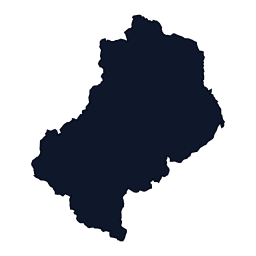 Pedras Altas, Rio Grande do Sul, Brazil (Albers equal-area conic projection)
{"feature_id": "56859067B17003984772313", "entity_name": "Pedras Altas", "entity_type": "district", "adm_level": 2, "iso_a3": "BRA", "parent_name": "Brazil", "parent_adm1": "Rio Grande do Sul", "projection": "albers", "projection_center": [-53.699, -31.846], "detail": "fine", "context": "isolated", "style": "filled", "palette": "ink", "viewbox_px": 256, "rotation_deg": 0, "n_neighbors": 0, "source": "geoboundaries", "source_scale": "gbopen_adm2", "svg_char_len": 5122}
<svg xmlns="http://www.w3.org/2000/svg" viewBox="0 0 256 256"><path d="M34.5,175.6L36.2,177.1L37.8,177.8L39.2,178.2L40.4,179.6L41.6,179.7L43.2,179.8L45.2,180.1L46.5,180.8L47.9,181.6L48.7,183.1L49.8,185.0L51.2,186.5L52.8,186.8L53.7,188.8L54.5,190.0L55.5,191.6L55.5,193.7L57.8,194.1L59.5,193.9L60.6,194.3L61.9,195.2L62.9,195.7L63.8,194.6L65.5,193.5L67.3,194.5L68.8,195.0L70.3,196.0L71.3,196.5L70.7,197.6L70.0,199.1L70.0,200.8L70.5,202.7L70.2,205.1L70.6,206.8L70.8,208.9L72.2,209.0L73.3,209.3L74.9,210.2L75.6,211.2L74.3,212.4L74.7,213.6L76.6,214.1L77.4,215.5L77.5,216.7L76.8,218.3L77.5,220.1L78.4,220.9L79.3,221.8L80.4,222.5L82.3,222.4L84.3,222.6L84.9,224.2L86.0,225.1L87.1,225.9L87.9,226.9L89.3,227.5L91.1,227.0L92.3,226.8L93.6,226.9L95.0,227.8L97.0,227.7L98.4,227.9L99.6,228.2L101.1,228.5L102.1,230.3L103.4,231.3L105.1,230.5L106.7,230.5L108.4,231.1L109.9,230.8L110.1,232.7L110.1,234.9L110.6,236.5L112.2,236.9L114.0,237.1L115.7,237.6L117.5,238.3L118.0,239.6L119.3,239.5L120.1,240.5L121.2,240.6L122.7,240.6L123.8,238.9L124.5,237.2L124.9,235.5L125.4,233.9L126.0,232.8L126.2,231.5L126.0,229.9L124.6,229.2L123.0,228.1L121.2,226.9L120.5,225.1L121.2,223.1L121.3,221.2L120.1,219.6L120.9,218.0L120.9,216.4L120.8,214.1L120.6,212.4L120.7,210.8L121.5,209.0L122.1,207.4L123.3,206.6L123.3,205.3L123.5,203.6L123.0,201.8L123.0,200.2L122.2,198.7L122.1,197.1L123.0,195.7L124.2,194.4L125.0,193.5L126.0,193.0L125.9,191.6L126.5,190.5L127.2,189.2L128.3,188.2L129.9,189.0L131.4,190.0L133.0,191.0L134.4,191.8L136.7,192.0L138.3,191.4L139.0,190.0L140.3,189.7L141.6,190.2L142.7,190.6L144.1,191.0L145.3,190.7L146.7,190.0L148.1,189.1L149.7,188.3L151.3,187.9L151.2,186.3L151.1,184.8L149.4,183.1L150.0,181.7L151.5,180.8L152.8,179.0L153.8,179.9L154.7,181.3L156.4,181.3L157.5,181.2L158.6,182.1L159.4,180.3L160.6,178.6L161.5,176.2L162.8,175.5L164.0,176.4L165.3,175.9L166.2,175.2L167.5,174.5L168.1,172.8L168.6,171.5L168.9,169.8L168.1,168.0L166.9,166.8L166.2,165.1L165.2,164.3L166.4,163.3L166.2,161.7L165.3,160.1L166.6,158.5L166.6,156.1L167.9,156.0L169.2,156.9L170.3,157.8L170.6,159.4L170.5,161.1L172.9,161.0L174.4,160.8L175.6,161.0L176.8,161.6L178.5,162.1L179.8,162.2L180.9,162.1L182.2,160.2L183.6,158.8L185.2,158.6L187.1,157.9L188.0,156.6L189.8,155.6L190.5,153.4L191.6,151.9L193.3,152.0L195.3,151.3L196.8,151.3L199.8,147.4L204.1,144.8L205.6,144.3L206.8,142.6L208.1,141.1L209.6,140.2L210.9,139.3L212.1,138.6L213.1,137.3L213.5,135.0L214.3,133.2L215.1,131.9L215.9,130.6L216.6,128.7L217.2,126.7L218.2,125.3L219.4,123.6L220.7,122.9L221.1,124.6L221.3,125.9L221.9,127.3L223.1,126.4L223.6,125.1L223.3,123.5L224.1,121.9L222.5,119.8L222.0,118.0L221.6,115.5L220.6,114.6L220.5,109.1L219.5,107.8L218.4,106.1L217.8,104.7L216.3,103.0L217.3,101.5L215.0,99.9L214.2,97.9L212.8,96.5L212.8,95.2L211.4,94.4L209.8,93.7L211.0,92.0L211.1,89.7L209.0,90.9L207.5,91.0L207.3,89.2L206.3,88.1L204.8,87.2L203.6,86.9L203.3,85.3L202.8,84.1L203.0,82.2L202.1,80.1L203.4,79.4L203.5,76.3L203.2,74.3L202.8,72.8L203.7,71.6L203.0,68.8L202.5,67.0L203.4,65.8L202.5,64.2L203.3,62.5L202.4,60.9L203.4,59.5L204.1,57.2L203.3,56.0L202.9,54.7L203.1,52.1L201.1,51.4L199.4,51.7L198.4,49.9L197.7,48.7L197.1,47.0L196.5,45.3L196.1,42.5L194.8,42.0L193.4,41.3L192.0,40.4L190.3,39.8L188.7,39.1L187.4,39.1L186.1,38.9L184.9,39.3L183.5,38.1L181.8,37.1L180.4,36.6L178.5,36.0L176.6,35.2L174.7,34.2L173.6,34.0L172.3,34.7L171.4,36.1L170.0,36.0L168.7,35.9L167.2,35.5L165.9,35.9L165.0,35.1L163.1,34.1L162.5,32.8L161.7,31.8L161.4,30.3L160.9,29.1L161.4,27.7L160.4,25.7L159.3,23.7L156.7,21.4L155.5,21.3L153.3,20.6L152.5,22.4L151.0,21.7L149.9,20.9L148.4,21.4L146.6,18.9L145.2,19.5L143.4,17.1L141.2,17.3L140.8,15.8L139.4,15.4L136.1,15.9L133.6,16.3L132.8,17.4L134.2,18.5L133.0,21.1L132.3,23.6L132.1,24.9L132.5,27.1L130.6,29.0L129.0,28.9L124.8,32.4L126.0,34.1L127.5,39.1L128.1,40.3L126.4,41.5L124.7,40.4L122.4,39.8L120.9,39.4L118.1,40.5L115.8,40.8L113.9,41.8L112.4,41.8L111.0,41.8L109.5,40.9L107.9,40.4L107.0,41.4L105.8,41.2L105.0,39.0L103.1,39.6L101.9,40.0L100.5,41.6L100.4,43.0L100.6,44.7L100.0,46.8L101.8,50.0L101.3,52.2L100.7,56.0L101.5,58.1L101.1,59.9L99.5,61.5L98.7,63.8L100.2,66.6L101.3,66.7L102.3,67.3L103.4,68.3L104.1,69.7L103.9,71.0L104.1,73.0L102.6,74.3L101.5,76.4L103.1,78.8L103.6,80.2L102.7,81.7L101.6,82.2L100.8,84.2L99.0,84.9L97.7,86.1L94.7,86.2L93.3,86.6L92.0,88.6L90.2,90.4L90.1,94.6L89.1,97.3L89.8,102.6L88.4,104.7L86.6,106.6L86.3,107.9L86.8,109.7L85.3,110.1L82.8,110.9L82.6,112.5L83.3,113.4L82.0,114.8L80.6,114.8L79.5,116.4L78.4,117.9L77.5,119.7L76.0,120.1L73.8,119.0L72.6,118.9L72.5,120.4L70.8,121.6L69.6,122.7L67.2,122.9L65.0,124.3L63.7,125.5L62.9,126.7L60.3,129.7L61.6,132.6L60.9,133.9L59.5,134.0L58.7,134.9L57.6,134.9L57.2,133.3L56.5,130.9L55.0,129.7L53.2,130.4L51.4,131.4L49.8,131.2L47.5,130.3L47.0,132.5L45.8,133.6L46.4,135.2L45.8,136.4L44.5,137.2L43.6,138.2L42.9,139.2L41.8,140.0L40.7,140.8L40.6,142.8L40.5,145.3L40.3,149.3L41.0,151.1L40.8,153.1L40.4,154.3L39.5,155.6L38.4,157.2L36.9,157.6L35.6,158.8L34.4,159.7L33.0,160.6L32.5,162.1L31.9,163.5L32.1,165.2L32.9,166.2L33.6,167.6L34.5,168.8L34.1,170.3L34.7,171.4L34.7,173.2L35.7,174.9L34.5,175.6Z" fill="#0f172a" stroke="#020617" stroke-width="1.5"/></svg>